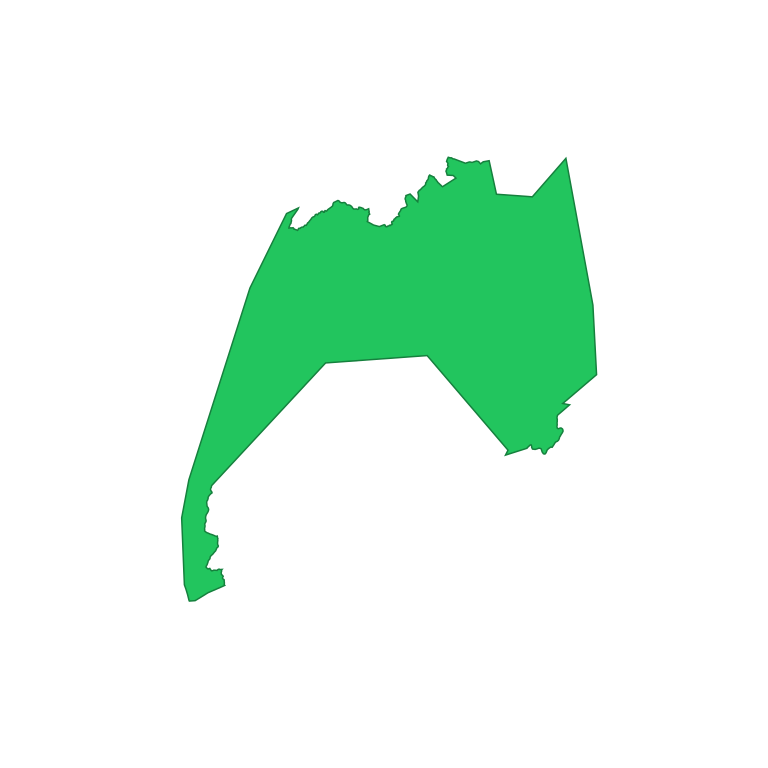 outline of Santa María Guienagati, Oaxaca, Mexico, rotated 214°
{"feature_id": "50627088B17469590564501", "entity_name": "Santa María Guienagati", "entity_type": "district", "adm_level": 2, "iso_a3": "MEX", "parent_name": "Mexico", "parent_adm1": "Oaxaca", "projection": "natural_earth1", "projection_center": [-95.328, 16.779], "detail": "fine", "context": "isolated", "style": "filled", "palette": "green", "viewbox_px": 768, "rotation_deg": 214, "n_neighbors": 0, "source": "geoboundaries", "source_scale": "gbopen_adm2", "svg_char_len": 5987}
<svg xmlns="http://www.w3.org/2000/svg" viewBox="0 0 768 768"><g transform="rotate(214 384 384)"><path d="M437.2,105.9L433.4,103.1L429.0,99.5L424.8,95.7L424.0,95.2L419.4,98.8L413.1,112.7L412.3,113.9L404.6,126.0L403.6,127.7L403.4,128.0L404.3,128.3L404.6,129.0L404.8,129.3L405.0,129.7L405.3,130.1L405.8,130.7L406.3,131.2L406.6,131.7L406.9,132.2L407.6,132.4L408.4,132.3L408.8,132.5L409.2,132.7L409.3,132.7L409.5,132.9L409.8,134.7L411.2,135.1L412.3,135.2L412.8,135.8L413.4,136.5L413.7,137.1L413.9,137.8L414.1,138.3L414.7,138.9L414.6,139.7L415.4,139.1L416.1,138.5L417.2,138.3L417.6,137.8L417.9,137.3L418.1,136.1L418.8,135.8L419.6,135.3L421.0,134.5L421.6,133.4L422.6,132.7L423.7,133.0L425.3,133.7L425.7,133.3L425.8,133.0L426.3,132.4L426.9,132.2L428.7,132.5L428.9,132.5L429.5,133.3L429.6,135.2L429.8,136.0L430.3,137.8L430.8,139.0L430.8,139.7L430.6,141.8L431.1,142.8L431.4,143.4L431.4,144.2L431.4,144.9L430.8,147.1L430.6,149.8L430.3,151.6L430.7,153.6L430.9,154.1L430.8,155.2L430.5,156.2L430.8,157.1L431.8,157.7L432.5,158.3L433.2,159.3L433.8,160.4L434.3,161.4L435.1,162.3L435.2,162.9L436.0,163.4L436.8,164.3L437.2,164.7L437.9,163.9L438.9,163.6L440.3,163.4L441.3,163.2L442.6,162.9L444.1,162.4L445.4,162.2L446.7,162.0L447.5,161.7L448.5,161.7L449.5,161.7L450.5,161.8L451.0,162.8L451.6,163.4L452.0,164.0L452.4,165.0L452.9,166.1L453.3,166.6L453.9,167.2L454.5,168.1L454.5,169.1L454.7,170.5L455.3,171.5L456.6,172.6L457.5,173.9L458.0,175.2L458.3,176.5L458.4,179.1L458.7,180.7L459.2,181.9L459.6,182.3L460.5,183.0L462.3,183.7L464.9,186.8L465.4,188.2L465.3,189.0L465.8,190.7L466.4,191.5L466.6,192.9L466.4,195.2L466.1,196.5L465.8,197.1L465.7,197.6L466.3,198.2L467.1,198.5L468.3,199.0L469.0,199.8L469.4,201.1L469.4,201.8L469.6,202.2L470.1,203.3L444.2,368.8L406.4,398.5L391.2,410.4L379.8,419.4L364.1,431.7L304.9,415.3L275.2,407.1L244.2,398.5L243.5,393.0L229.5,410.7L229.6,411.2L229.0,413.8L228.7,415.2L228.0,415.8L226.8,415.0L226.1,414.0L224.5,413.1L222.1,414.3L220.7,416.0L219.7,417.4L218.5,418.0L217.4,418.1L215.8,416.8L214.7,416.0L212.8,415.3L211.6,415.8L211.3,416.2L211.2,417.6L211.5,419.2L211.8,420.0L211.7,421.4L211.2,423.2L210.5,424.9L209.2,425.6L209.2,428.8L209.3,429.7L209.3,430.4L209.3,431.5L209.0,432.3L208.3,433.4L207.9,434.9L208.1,436.5L208.5,437.6L208.8,438.6L208.7,439.7L208.9,440.9L208.9,443.1L209.1,444.8L209.8,445.8L210.8,446.5L212.0,446.6L212.7,446.5L213.4,445.9L213.9,445.2L214.2,444.6L214.9,444.3L215.5,444.2L216.2,444.8L217.0,445.6L217.5,446.9L218.3,447.9L218.9,448.7L219.4,449.8L220.1,450.8L220.7,451.8L221.5,452.4L222.0,453.3L222.3,454.0L222.6,454.8L222.6,455.5L218.5,470.5L224.9,467.8L213.0,510.6L254.9,566.2L268.1,579.7L339.2,652.2L359.4,672.8L365.7,622.1L371.0,619.1L396.9,604.2L410.9,617.6L421.7,627.9L426.0,623.7L427.1,620.5L430.0,621.3L432.1,620.6L434.8,617.0L435.4,616.7L437.0,616.1L438.0,615.1L438.5,614.4L440.1,612.4L441.1,612.3L451.7,609.8L452.8,609.2L454.4,609.3L455.6,608.5L456.9,608.1L457.5,607.9L457.4,607.0L457.2,605.5L456.9,604.7L456.6,603.5L455.7,603.2L454.3,602.7L454.0,601.7L453.4,600.7L452.2,600.4L452.3,599.1L452.0,598.2L452.4,597.2L451.8,596.5L451.8,595.8L451.6,595.1L451.2,594.7L450.6,594.4L449.7,593.6L448.4,592.5L443.2,595.6L439.5,594.9L445.8,580.3L447.0,580.3L447.8,580.6L448.8,580.7L451.0,581.1L452.2,581.2L452.9,581.7L453.9,581.9L454.5,582.1L455.0,582.5L456.1,582.6L456.8,582.7L457.7,583.2L458.5,583.6L459.2,583.3L459.7,583.0L460.3,583.2L461.1,583.1L461.4,582.8L462.0,582.8L462.5,582.9L463.0,582.8L463.1,582.1L463.0,581.4L463.0,581.0L462.7,580.5L462.4,579.5L462.0,578.9L461.9,578.3L461.9,577.8L462.0,577.2L462.1,576.6L462.0,575.8L461.7,575.2L461.9,573.9L461.2,573.1L461.1,572.0L461.2,570.7L461.7,569.6L461.8,569.2L462.0,568.3L462.2,567.5L462.5,565.2L463.0,564.5L463.1,561.9L460.4,559.1L457.9,553.9L468.6,556.1L471.2,552.5L470.6,551.9L470.6,550.9L470.3,550.1L470.0,549.2L469.3,548.8L468.8,548.4L467.8,547.2L466.9,546.7L466.2,546.0L465.1,545.5L464.6,544.8L464.5,543.6L464.8,542.8L465.6,541.7L466.0,541.2L466.8,540.2L467.3,539.4L467.6,538.6L467.5,538.0L467.2,537.1L467.2,536.0L467.2,534.8L467.2,533.8L467.0,532.9L466.7,532.7L465.8,532.4L465.1,531.9L465.1,531.5L465.6,531.1L466.2,530.3L466.6,530.1L467.0,529.2L467.0,528.6L467.3,528.2L467.3,527.0L467.7,526.5L467.7,525.8L467.3,524.9L467.3,524.2L468.0,523.7L468.3,523.1L467.8,521.9L467.2,521.8L466.5,521.1L466.6,520.7L466.9,520.6L467.1,520.1L467.3,519.5L467.2,519.1L468.1,518.8L468.3,518.5L468.5,517.5L469.2,517.0L469.3,516.4L469.7,515.8L470.3,515.8L470.7,515.4L471.1,515.5L471.7,516.3L472.2,516.1L472.9,516.2L475.9,511.9L481.7,509.9L482.4,509.9L488.7,509.3L488.9,510.6L489.8,511.8L490.6,512.9L490.8,513.7L491.3,515.8L490.8,516.7L491.8,517.5L492.6,517.8L492.6,518.5L494.0,519.9L494.7,520.7L496.0,518.7L497.1,517.7L498.5,517.6L499.6,517.9L500.7,517.6L501.8,517.4L502.8,517.0L503.6,516.6L503.6,515.9L503.0,515.4L503.0,514.8L503.5,514.0L504.6,513.8L505.7,513.0L506.9,512.1L508.2,512.3L510.1,513.1L511.9,513.2L513.3,512.8L514.2,512.0L515.1,511.8L516.0,512.1L517.3,512.5L518.6,512.2L519.8,511.0L520.8,510.4L522.1,510.1L523.0,510.5L524.1,510.6L524.9,510.3L526.3,507.8L527.2,506.3L527.0,504.8L526.5,503.9L526.2,502.6L526.6,501.3L528.1,497.2L528.2,496.1L528.3,495.2L528.9,495.0L529.8,494.8L529.9,494.1L529.5,493.1L530.2,492.5L531.2,492.9L532.1,492.6L532.7,491.5L532.6,490.2L533.6,489.3L533.7,487.1L534.9,487.0L535.6,486.1L535.3,484.7L535.6,483.5L536.2,482.9L536.7,481.6L536.7,480.6L536.7,479.3L536.9,477.4L537.0,475.5L537.4,474.8L537.2,473.5L537.1,472.1L537.7,471.9L538.2,471.4L538.4,471.3L538.4,470.5L538.7,469.6L538.7,468.9L539.2,468.6L539.9,468.0L540.4,467.1L540.5,466.2L541.3,465.8L541.8,465.2L541.5,463.8L541.7,462.9L542.5,462.9L543.1,462.7L544.3,462.4L545.1,462.0L545.6,462.5L546.8,462.7L547.6,461.9L548.7,461.3L550.0,460.1L550.5,460.9L550.6,461.8L550.8,462.7L551.2,464.0L550.9,464.9L551.4,466.0L551.7,467.0L552.2,468.0L552.9,468.6L553.3,469.8L553.1,480.7L553.4,482.1L560.1,470.8L557.7,453.2L548.8,388.6L504.4,237.0L492.2,195.5L476.9,159.9L437.2,105.9Z" fill="#22c55e" stroke="#15803d" stroke-width="1.5"/></g></svg>